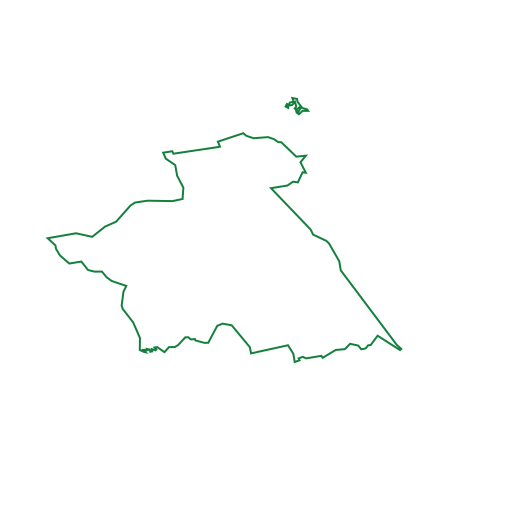 the district of Galway City Central Lea-6, Galway, Ireland, rotated 220°
{"feature_id": "5873133B36266904868513", "entity_name": "Galway City Central Lea-6", "entity_type": "district", "adm_level": 2, "iso_a3": "IRL", "parent_name": "Ireland", "parent_adm1": "Galway", "projection": "equal_earth", "projection_center": [-9.064, 53.286], "detail": "fine", "context": "isolated", "style": "outline", "palette": "green", "viewbox_px": 512, "rotation_deg": 220, "n_neighbors": 0, "source": "geoboundaries", "source_scale": "gbopen_adm2", "svg_char_len": 1820}
<svg xmlns="http://www.w3.org/2000/svg" viewBox="0 0 512 512"><g transform="rotate(220 256 256)"><path d="M427.0,135.7L416.5,135.2L413.7,132.9L406.5,130.4L394.2,130.2L386.2,139.5L375.7,137.3L369.7,140.2L364.0,145.0L356.7,143.7L350.5,144.1L336.1,149.7L334.6,143.5L327.0,131.6L324.1,129.8L307.5,126.2L292.2,118.6L284.6,109.3L280.2,110.5L278.7,111.3L281.9,111.7L280.6,112.9L280.0,112.0L278.6,114.1L279.7,114.7L277.2,116.1L275.4,114.7L274.2,116.2L275.8,117.8L272.4,119.1L272.3,120.4L274.9,120.7L273.2,122.7L264.3,123.5L264.1,130.2L259.7,134.1L258.4,137.8L257.9,148.2L255.7,150.2L252.3,150.2L249.4,153.1L248.1,152.4L239.7,156.3L236.8,158.8L240.8,177.6L238.1,182.7L230.1,187.3L202.1,182.2L197.2,178.2L174.1,208.2L164.6,205.1L158.2,199.7L155.6,204.1L157.5,205.0L155.4,208.7L151.7,209.9L141.8,221.5L139.5,220.9L134.5,235.3L128.0,241.8L127.5,249.2L120.1,253.1L115.4,252.2L112.6,255.7L112.7,259.6L110.9,261.6L111.6,273.1L85.2,276.5L85.0,278.2L91.1,278.4L181.9,299.5L188.8,305.5L208.3,312.6L211.8,312.8L226.0,309.1L231.2,311.4L288.1,317.6L277.2,330.2L275.4,336.7L271.3,339.3L274.1,350.1L271.4,351.8L282.2,356.4L282.3,364.9L289.0,358.0L309.7,359.4L312.2,357.5L317.2,357.1L323.2,354.8L333.5,344.7L340.5,341.9L344.7,341.8L358.7,319.1L353.9,316.6L355.0,315.2L385.0,281.3L387.5,282.4L393.5,275.5L387.7,272.6L376.3,273.7L368.0,266.8L355.6,261.7L348.9,252.5L355.2,244.4L374.7,228.6L383.0,219.2L384.6,214.1L385.2,192.4L390.5,181.6L393.8,165.4L408.5,157.7L427.0,135.7ZM325.4,395.0L325.1,399.1L321.2,396.3L321.1,394.0L319.0,394.3L318.3,398.1L317.0,398.2L316.2,393.9L319.0,393.3L317.1,392.0L314.2,392.2L313.6,397.1L309.3,400.7L311.0,401.2L315.7,399.1L323.4,400.9L325.5,402.7L329.7,400.4L326.3,398.4L328.7,395.3L327.9,392.9L330.0,392.4L329.4,389.5L326.7,390.1L328.1,391.5L325.4,395.0Z" fill="none" stroke="#15803d" stroke-width="2"/></g></svg>